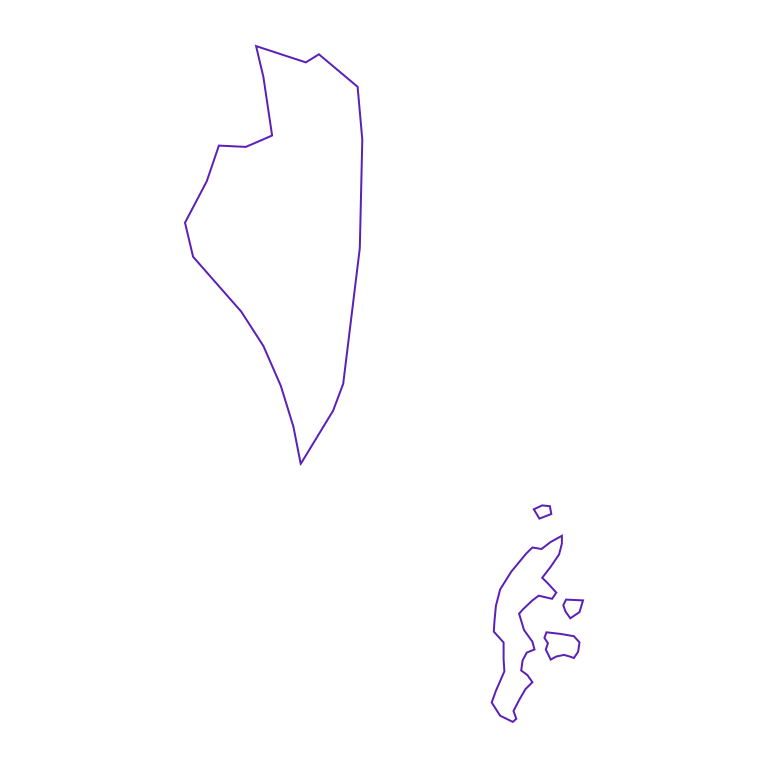 SVG path tracing the border of Al Janūbīyah
{"feature_id": "BHR-4926", "entity_name": "Al Janūbīyah", "entity_type": "Governorate", "adm_level": 1, "iso_a3": "BHR", "parent_name": "Bahrain", "parent_adm1": "", "projection": "orthographic", "projection_center": [50.722, 25.854], "detail": "fine", "context": "isolated", "style": "outline", "palette": "violet", "viewbox_px": 768, "rotation_deg": 0, "n_neighbors": 0, "source": "natural_earth", "source_scale": "10m", "svg_char_len": 1229}
<svg xmlns="http://www.w3.org/2000/svg" viewBox="0 0 768 768"><path d="M357.6,86.8L362.3,139.7L359.8,248.2L343.2,383.8L333.1,410.7L300.9,463.6L300.7,463.8L293.4,426.6L280.8,385.8L263.4,346.0L241.3,311.7L193.1,256.8L185.0,222.7L206.7,181.4L212.8,163.5L218.9,145.6L245.8,146.9L272.1,135.5L263.4,77.0L256.1,46.1L305.8,62.4L318.9,54.3L357.6,86.8ZM532.4,547.5L541.5,549.0L550.6,542.0L561.9,535.8L561.9,543.5L559.1,554.4L550.6,566.9L542.2,577.8L547.8,583.3L556.3,592.6L552.1,598.8L538.7,595.7L532.4,600.4L523.3,609.0L519.1,613.7L524.0,630.0L532.4,641.7L534.5,649.5L526.8,652.6L522.6,660.4L521.2,670.5L527.5,675.2L532.4,682.2L525.4,689.2L519.1,700.1L513.5,711.0L516.3,718.8L512.8,721.9L500.1,715.7L491.7,702.5L495.9,690.8L504.4,671.3L503.6,659.6L503.6,642.5L493.8,631.6L494.5,620.7L495.9,605.9L500.1,589.5L511.3,571.6L526.1,553.7L532.4,547.5ZM553.5,633.1L560.5,633.9L573.9,636.2L579.5,642.4L578.1,651.8L573.9,658.0L569.7,656.5L564.0,654.9L556.3,656.5L550.7,659.6L545.8,649.5L547.9,643.2L544.4,637.8L546.5,632.3L553.5,633.1ZM566.1,599.6L583.0,600.4L579.5,612.1L570.3,618.3L565.4,611.3L563.3,605.1L566.1,599.6ZM533.8,509.3L542.2,505.4L549.9,506.2L551.3,514.0L539.4,518.6L533.8,509.3Z" fill="none" stroke="#5b21b6" stroke-width="2"/></svg>